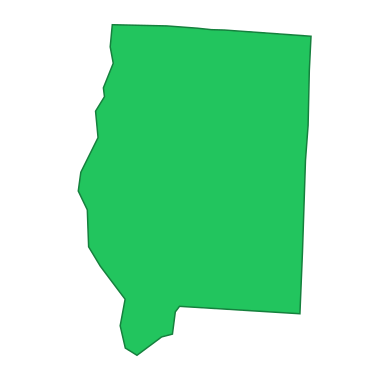 Henry, Alabama, United States of America (orthographic projection), rotated 182°
{"feature_id": "52423323B43963641408818", "entity_name": "Henry", "entity_type": "district", "adm_level": 2, "iso_a3": "USA", "parent_name": "United States of America", "parent_adm1": "Alabama", "projection": "orthographic", "projection_center": [-85.179, 31.541], "detail": "fine", "context": "isolated", "style": "filled", "palette": "green", "viewbox_px": 384, "rotation_deg": 182, "n_neighbors": 0, "source": "geoboundaries", "source_scale": "gbopen_adm2", "svg_char_len": 540}
<svg xmlns="http://www.w3.org/2000/svg" viewBox="0 0 384 384"><g transform="rotate(182 192 192)"><path d="M303.5,208.5L303.8,207.8L305.7,189.0L296.0,170.5L293.4,133.6L281.0,114.6L255.1,82.5L259.1,55.8L253.2,33.7L241.3,26.9L217.3,46.1L206.6,49.3L204.5,71.6L200.5,77.3L79.9,74.1L79.5,135.9L79.7,227.4L78.3,262.6L79.0,317.5L78.5,351.8L165.3,355.0L178.2,354.9L192.4,355.9L222.8,357.1L277.5,356.4L278.8,334.2L275.2,317.9L284.2,293.0L282.8,284.2L291.2,269.4L287.8,243.1L303.5,208.5Z" fill="#22c55e" stroke="#15803d" stroke-width="1.5"/></g></svg>